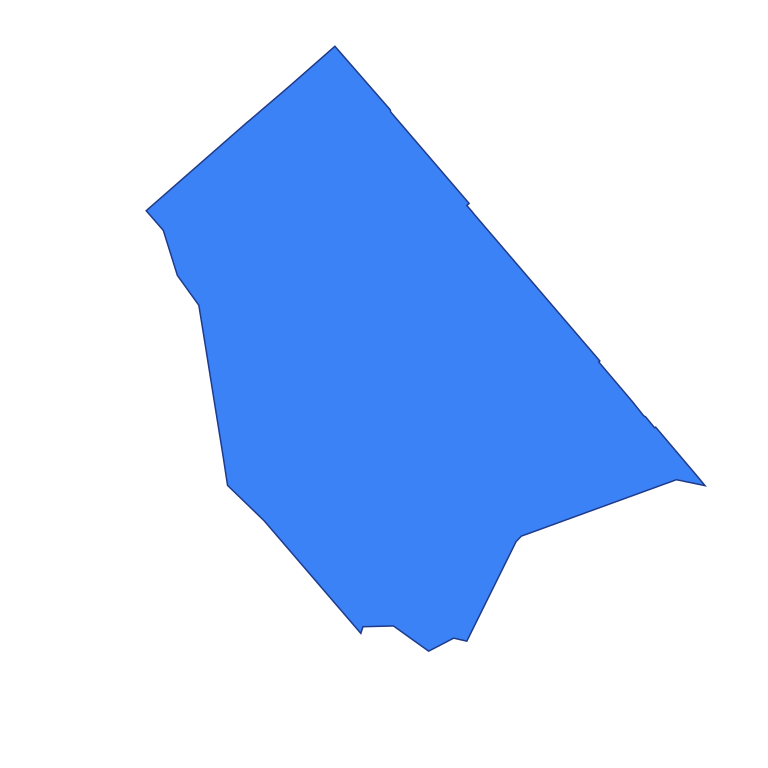 Preston, West Virginia, United States of America (Natural Earth projection), rotated 319°
{"feature_id": "52423323B40948344382012", "entity_name": "Preston", "entity_type": "district", "adm_level": 2, "iso_a3": "USA", "parent_name": "United States of America", "parent_adm1": "West Virginia", "projection": "natural_earth1", "projection_center": [-79.641, 39.458], "detail": "fine", "context": "isolated", "style": "filled", "palette": "blue", "viewbox_px": 768, "rotation_deg": 319, "n_neighbors": 0, "source": "geoboundaries", "source_scale": "gbopen_adm2", "svg_char_len": 658}
<svg xmlns="http://www.w3.org/2000/svg" viewBox="0 0 768 768"><g transform="rotate(319 384 384)"><path d="M202.9,557.0L208.9,553.4L232.4,572.8L242.4,614.9L269.8,621.5L277.8,632.4L380.3,589.6L387.8,588.9L541.8,648.0L559.6,671.3L559.9,659.2L560.7,594.8L560.4,594.8L559.5,594.5L559.9,580.4L559.1,578.4L559.9,560.5L560.5,508.2L562.0,508.2L563.4,314.9L563.6,311.2L563.6,303.6L566.7,303.6L567.4,196.5L567.5,182.9L568.2,182.1L568.6,180.8L568.5,96.9L505.9,97.2L453.8,96.8L451.7,96.7L318.2,97.2L318.2,123.3L299.3,166.5L295.9,203.1L276.0,235.2L243.1,288.0L215.2,332.9L199.4,357.9L203.8,408.5L202.9,557.0Z" fill="#3b82f6" stroke="#1e3a8a" stroke-width="1.5"/></g></svg>